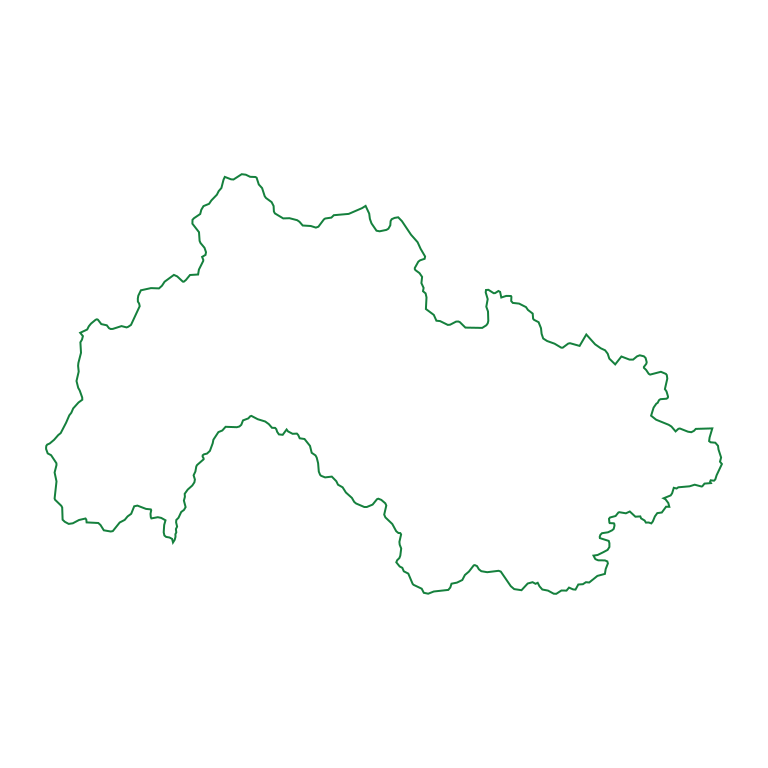 outline of Thach An, Cao Bằng, Vietnam
{"feature_id": "81297802B24341511138047", "entity_name": "Thach An", "entity_type": "district", "adm_level": 2, "iso_a3": "VNM", "parent_name": "Vietnam", "parent_adm1": "Cao Bằng", "projection": "natural_earth1", "projection_center": [106.311, 22.48], "detail": "fine", "context": "isolated", "style": "outline", "palette": "green", "viewbox_px": 768, "rotation_deg": 0, "n_neighbors": 0, "source": "geoboundaries", "source_scale": "gbopen_adm2", "svg_char_len": 6076}
<svg xmlns="http://www.w3.org/2000/svg" viewBox="0 0 768 768"><path d="M333.8,215.2L331.4,217.6L325.2,218.5L323.9,219.4L318.4,226.7L315.9,227.6L310.8,226.0L302.7,225.5L299.5,221.8L297.2,220.2L289.5,218.2L283.2,218.4L274.9,213.4L273.9,211.5L273.6,206.0L271.6,202.1L266.0,198.0L264.7,196.2L262.1,188.1L258.8,184.5L256.6,177.7L255.4,177.0L250.1,176.8L245.8,174.7L241.7,174.2L233.5,179.5L231.0,179.3L224.8,176.9L223.5,179.8L221.4,188.0L218.7,191.1L216.9,194.7L211.4,200.4L209.1,203.8L203.5,206.1L201.3,209.8L200.2,214.0L194.0,218.2L192.5,219.8L192.4,223.7L199.0,232.2L199.6,240.9L200.5,243.0L204.5,247.8L206.0,252.2L205.5,254.9L202.1,256.9L203.3,259.9L203.2,261.0L198.9,269.6L198.1,274.5L190.0,275.0L185.9,280.0L183.8,281.7L182.8,281.6L177.2,276.4L173.9,274.9L164.6,281.7L162.0,285.7L159.0,288.4L151.0,288.1L140.9,290.3L138.3,295.7L137.8,298.7L137.9,301.6L139.1,303.5L139.7,306.2L131.0,324.9L128.2,326.8L126.6,327.4L121.5,326.1L112.8,328.9L110.7,329.0L109.0,328.2L106.8,325.3L101.3,324.1L97.9,319.7L96.9,319.3L95.6,319.8L91.0,323.6L88.8,326.3L87.2,329.5L80.2,332.8L82.9,336.1L82.0,339.6L80.4,342.3L81.0,352.8L78.4,362.9L78.1,365.8L78.7,371.6L76.5,381.0L78.2,387.8L79.7,390.5L82.2,397.5L82.3,399.7L78.5,402.5L73.2,408.4L71.3,412.8L69.3,415.3L66.1,422.7L60.7,433.1L58.2,435.1L54.1,439.8L49.7,443.5L47.2,444.6L46.3,445.9L46.1,447.5L46.1,449.0L47.7,453.4L51.1,455.2L56.4,463.2L56.5,465.0L54.6,472.5L56.5,481.4L54.6,498.5L55.1,499.8L61.3,505.8L62.2,507.5L62.6,519.7L64.8,521.8L68.7,523.9L72.8,523.3L79.0,520.0L85.5,518.5L86.3,519.7L86.6,522.4L98.3,523.0L100.5,525.0L103.8,530.3L110.7,531.5L112.8,531.1L119.7,522.5L124.7,519.9L127.6,516.4L131.2,513.8L134.2,506.3L137.4,505.6L146.0,508.9L150.8,509.4L151.2,510.2L150.5,513.8L150.8,517.2L151.4,518.4L157.8,517.2L161.2,517.9L165.5,520.3L164.2,524.9L163.7,532.3L164.4,535.5L166.1,536.9L169.5,537.5L172.1,538.9L173.0,542.5L174.7,539.8L175.5,536.8L175.4,534.2L176.3,532.4L175.9,529.1L177.1,526.6L176.1,522.4L176.3,520.0L178.5,517.8L181.2,512.0L184.0,509.9L185.6,507.1L183.9,500.6L184.9,496.8L184.7,493.8L187.7,489.6L192.3,485.5L194.4,482.3L194.9,479.5L193.6,475.3L195.4,471.5L196.3,466.4L197.1,465.0L203.6,459.3L203.6,458.3L202.6,456.6L202.7,455.3L204.0,454.3L207.0,453.6L209.9,450.9L212.7,443.3L213.4,439.7L218.4,432.1L222.3,430.5L225.6,426.8L236.8,427.2L239.4,426.5L241.3,424.8L243.0,420.4L248.3,418.4L250.2,416.3L251.4,415.9L257.7,419.2L265.2,421.5L268.8,424.1L272.0,427.8L275.1,427.9L276.3,429.2L277.1,431.7L278.9,434.4L282.7,434.8L286.6,429.5L288.0,431.4L292.6,433.8L296.9,433.6L298.2,435.0L299.7,438.3L304.5,439.0L310.0,445.9L311.7,452.8L315.5,455.4L316.7,457.6L318.1,463.2L318.8,471.6L320.1,474.8L321.1,475.8L325.1,477.4L331.8,476.6L336.3,481.2L338.0,484.7L342.6,487.3L345.9,492.5L351.9,497.9L354.2,501.9L356.1,503.5L364.3,507.0L366.8,507.0L372.6,504.6L377.0,499.2L378.3,498.7L381.3,499.9L385.3,503.3L386.3,505.5L384.2,514.6L385.4,517.4L392.3,524.0L396.2,531.2L398.4,533.0L400.3,533.1L401.1,534.4L399.4,541.9L399.7,544.7L401.2,548.5L400.3,555.6L399.4,558.0L397.1,560.3L396.3,562.3L399.7,566.5L402.3,567.8L403.8,571.3L408.3,573.6L412.6,583.8L413.5,584.8L421.7,588.7L423.8,592.8L428.2,593.7L433.8,591.5L448.3,589.9L450.3,587.5L451.5,583.7L457.0,582.6L462.3,580.0L464.9,575.0L468.9,571.6L473.7,565.4L474.8,565.1L477.0,566.1L478.9,569.3L481.3,571.2L487.2,572.2L498.6,570.8L500.8,571.6L510.8,586.2L514.2,589.1L521.5,590.2L527.7,583.5L532.6,582.2L535.5,583.8L537.7,582.8L539.5,586.3L542.3,589.5L548.0,590.6L553.7,593.7L556.3,593.8L561.4,590.5L566.5,590.6L569.0,587.6L573.1,589.4L575.5,589.6L578.3,584.5L582.9,584.2L585.9,582.2L589.2,582.5L597.4,575.9L604.9,573.9L605.7,569.0L607.9,563.4L607.3,561.4L604.9,560.4L598.2,560.3L596.2,559.5L595.2,558.9L593.5,555.6L597.6,555.0L603.3,552.2L607.6,549.9L609.4,547.0L609.4,543.1L608.7,540.9L599.9,538.1L599.7,536.9L600.4,534.8L602.0,533.2L608.0,532.3L612.1,530.3L613.7,528.9L614.5,525.6L614.3,523.9L613.9,523.3L609.7,523.1L609.4,522.6L609.0,518.8L610.0,517.5L615.6,516.0L618.4,512.5L619.3,512.2L625.9,513.3L629.8,511.5L635.4,516.7L640.3,516.4L641.1,518.4L644.6,520.5L645.9,522.6L648.7,522.5L651.3,523.4L652.8,521.5L654.9,516.4L657.3,513.1L661.8,512.5L666.1,506.7L669.3,506.8L668.3,503.0L665.5,499.3L663.6,498.3L670.7,495.4L672.1,493.3L673.8,487.8L676.6,488.5L678.3,487.3L689.6,486.3L694.7,484.7L701.5,486.5L702.3,486.3L704.5,483.6L710.9,483.1L710.1,481.7L710.7,480.3L714.0,480.7L715.3,479.4L716.6,475.3L721.9,464.0L720.0,461.7L721.1,457.5L718.5,449.5L718.0,445.8L715.3,442.7L710.6,442.3L709.1,441.1L709.6,437.5L712.3,428.4L695.8,428.9L693.9,430.9L691.3,432.2L688.0,431.7L679.9,428.5L678.4,428.8L675.6,431.4L671.4,426.5L668.7,424.8L656.1,419.7L651.1,415.7L653.6,407.6L656.3,403.7L657.7,402.8L659.0,400.2L660.4,399.2L666.6,398.7L667.9,397.6L668.0,396.5L666.5,391.4L664.9,389.1L667.3,378.6L666.8,375.1L665.9,373.9L660.9,371.8L650.1,374.6L648.7,373.8L646.1,369.9L643.9,367.8L643.9,366.9L646.3,363.8L646.7,362.2L645.6,358.0L643.9,356.3L639.8,355.3L637.1,356.3L633.1,359.6L629.5,359.6L621.4,356.5L615.2,364.4L609.3,358.6L607.7,353.7L605.1,350.3L600.8,348.3L595.1,344.3L586.3,334.5L579.6,345.9L570.0,343.2L568.2,343.6L562.7,347.7L561.3,347.7L554.6,343.7L547.1,341.0L543.2,338.5L541.6,333.8L541.0,328.2L538.6,322.2L534.0,319.8L533.1,318.7L532.7,313.6L527.9,309.9L526.0,307.1L519.1,303.6L512.8,302.9L511.2,301.0L511.4,296.8L510.9,296.0L506.3,295.9L501.3,297.5L500.1,291.9L498.4,291.0L495.1,293.1L493.7,293.2L488.4,289.8L486.0,290.0L485.7,292.4L487.7,299.1L486.3,306.7L488.0,311.5L488.3,320.9L487.7,323.4L486.3,325.3L482.2,327.9L465.4,327.6L459.8,322.1L458.3,321.5L456.1,321.6L450.1,324.7L447.8,324.9L440.1,321.1L436.4,320.7L433.8,314.9L425.9,309.0L426.5,297.4L425.6,293.4L423.0,291.2L423.6,287.9L421.4,283.1L422.1,276.9L419.5,273.1L415.5,270.2L414.8,269.1L414.8,268.0L418.3,261.7L420.1,260.3L424.6,258.8L425.1,256.5L420.6,248.8L417.6,242.2L411.0,234.7L401.9,221.1L398.2,217.3L394.6,217.9L391.7,219.2L390.6,221.1L390.3,225.3L388.4,228.7L386.4,229.9L379.6,231.3L376.5,230.7L371.5,223.4L369.9,218.9L369.2,213.6L365.6,205.9L362.1,208.1L348.7,213.9L333.8,215.2Z" fill="none" stroke="#15803d" stroke-width="2"/></svg>